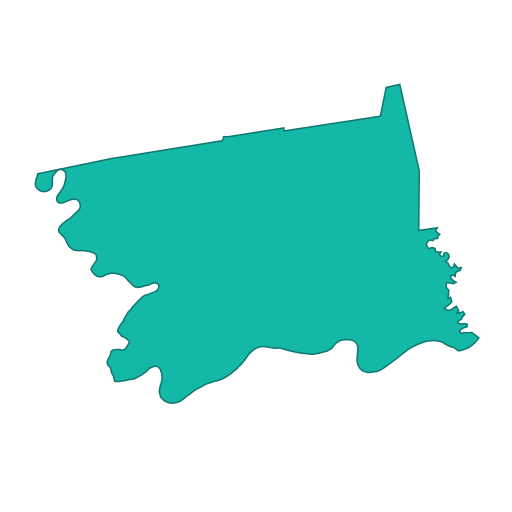 Iguazú, Misiones, Argentina (Natural Earth projection), rotated 258°
{"feature_id": "61730980B21961764082426", "entity_name": "Iguazú", "entity_type": "district", "adm_level": 2, "iso_a3": "ARG", "parent_name": "Argentina", "parent_adm1": "Misiones", "projection": "natural_earth1", "projection_center": [-54.463, -25.856], "detail": "fine", "context": "isolated", "style": "filled", "palette": "teal", "viewbox_px": 512, "rotation_deg": 258, "n_neighbors": 0, "source": "geoboundaries", "source_scale": "gbopen_adm2", "svg_char_len": 6023}
<svg xmlns="http://www.w3.org/2000/svg" viewBox="0 0 512 512"><g transform="rotate(258 256 256)"><path d="M394.0,432.3L393.8,418.4L366.9,406.7L372.5,309.4L375.5,309.9L378.4,254.1L378.9,251.5L379.5,249.2L375.8,247.4L381.4,134.3L381.7,82.9L381.9,82.5L381.7,81.1L381.8,59.6L379.5,58.6L377.9,57.5L376.5,56.7L373.2,55.3L372.2,55.1L370.5,55.0L369.6,55.1L368.2,55.7L367.1,56.3L366.0,57.1L365.0,58.0L364.6,58.5L363.8,59.7L363.4,60.8L362.9,62.7L362.9,64.0L363.1,66.0L363.4,67.3L364.7,69.5L365.3,70.1L366.4,70.8L367.4,71.3L369.4,71.9L374.6,73.1L375.6,73.5L376.7,74.2L377.3,74.8L379.6,77.6L380.5,78.9L381.1,80.3L381.4,81.2L381.5,81.7L381.4,82.5L381.3,83.3L380.8,84.2L379.4,85.9L378.4,86.5L377.1,86.9L375.1,87.0L374.3,87.0L372.7,86.6L371.0,85.9L365.4,83.2L364.5,82.6L362.1,80.7L359.9,78.4L356.9,75.0L356.1,74.2L354.6,73.3L353.4,72.9L352.5,72.8L351.5,72.8L350.4,73.1L349.6,73.6L349.0,74.4L348.3,76.0L348.2,77.3L348.2,78.1L349.6,86.5L349.6,88.4L349.6,89.3L349.4,90.6L349.0,91.6L348.5,92.3L347.2,93.6L346.3,94.1L344.9,94.5L343.8,94.7L342.0,94.6L341.1,94.5L340.3,94.2L339.6,93.8L338.4,92.9L337.5,91.7L334.5,86.7L333.0,84.6L332.1,83.1L331.3,81.5L330.1,78.1L327.6,73.2L325.5,70.2L323.7,68.8L323.3,68.6L321.9,68.2L321.4,68.2L320.2,68.4L319.0,69.0L315.5,71.4L313.0,72.7L311.2,73.3L307.4,74.0L305.3,74.7L304.2,75.2L302.5,76.4L300.6,78.1L299.8,79.1L299.3,79.9L299.0,80.7L298.4,82.5L297.0,88.7L295.3,93.3L293.5,96.7L292.5,98.1L291.8,98.9L290.7,99.7L290.3,99.9L289.5,100.0L286.6,99.6L285.2,99.2L284.5,98.7L281.8,95.8L279.1,93.1L278.3,92.5L277.3,92.0L276.5,92.0L275.6,92.2L272.5,93.6L271.4,94.3L270.1,95.5L269.5,96.2L268.8,97.2L268.3,98.4L268.0,99.2L267.9,100.5L267.9,101.8L269.0,105.8L269.3,108.1L269.3,109.9L269.1,111.6L268.7,113.6L267.9,115.6L266.0,119.4L264.2,122.0L263.2,123.1L262.3,123.7L257.9,126.2L251.9,130.2L251.1,131.0L250.5,132.1L250.3,132.7L249.8,134.6L249.6,135.9L249.6,138.0L250.0,141.8L249.9,144.5L250.1,145.8L250.6,147.2L250.7,148.1L250.8,150.2L250.6,151.7L250.4,152.4L249.7,153.6L248.7,154.5L248.0,154.8L247.1,154.8L246.5,154.6L245.6,154.3L244.3,153.5L243.2,152.5L242.9,152.1L242.4,150.9L241.7,147.8L241.5,146.1L241.3,144.4L241.1,143.9L240.8,142.4L240.7,141.6L240.7,140.0L240.5,138.6L240.0,137.1L238.2,134.0L235.5,129.9L232.6,125.9L231.9,124.7L231.3,124.0L229.8,122.5L228.0,119.6L227.6,119.1L226.0,117.8L223.1,114.9L219.6,112.3L218.4,110.7L216.2,108.4L214.1,106.6L212.1,105.3L211.4,105.0L210.3,105.1L209.8,105.3L208.0,106.8L207.4,107.1L206.3,107.5L205.6,107.8L205.2,108.3L204.4,109.7L203.5,110.8L202.3,111.9L200.0,113.5L199.1,114.1L198.6,114.1L197.6,114.0L197.0,113.6L192.8,109.5L192.1,108.2L191.8,107.2L191.8,106.3L191.8,105.2L192.8,103.2L193.0,102.6L193.3,101.7L193.7,98.3L193.7,96.4L193.2,95.0L192.7,94.5L192.3,94.3L189.4,93.0L186.3,90.2L184.7,89.1L183.0,88.3L181.9,88.2L181.3,88.2L179.8,88.6L177.4,90.1L176.5,90.4L174.2,90.6L172.7,90.4L171.2,90.6L168.4,91.6L162.8,91.7L162.0,94.3L161.7,96.2L161.7,98.3L161.4,100.6L161.4,103.5L161.6,105.9L161.3,107.7L161.1,110.6L161.4,112.5L161.8,113.8L162.1,115.1L163.0,118.0L163.5,119.2L164.4,121.2L165.3,123.9L166.3,125.3L167.9,127.8L168.3,128.7L168.5,129.5L168.9,131.7L169.1,132.4L169.3,133.5L169.1,134.8L168.8,135.7L167.9,137.3L166.8,138.0L165.3,138.6L163.8,139.0L162.3,139.0L161.1,139.4L158.3,139.1L155.5,138.7L154.6,138.3L150.9,136.6L149.7,135.7L146.3,134.2L144.8,133.8L143.6,133.1L138.4,133.4L137.4,133.7L136.3,134.3L135.1,135.2L133.4,136.2L130.7,139.9L129.8,142.3L129.2,144.7L129.2,147.9L129.5,150.6L130.0,152.7L130.7,154.1L131.9,156.6L132.9,158.2L133.5,159.9L134.8,162.7L135.1,163.6L136.0,164.8L136.4,166.2L137.1,167.5L138.3,170.7L139.4,175.0L139.9,176.8L140.7,178.6L141.0,180.7L141.4,181.8L141.6,185.4L142.0,188.4L142.1,192.1L142.3,193.1L142.3,194.2L142.7,197.4L143.2,199.3L145.2,204.7L145.9,206.6L146.8,208.2L147.8,209.9L149.7,214.0L150.7,215.0L151.4,215.9L152.0,217.1L153.6,219.7L155.5,221.8L156.4,223.1L157.4,224.3L158.3,225.1L160.2,227.3L161.1,228.2L162.6,230.3L163.0,231.1L163.6,232.1L164.1,233.0L165.2,235.0L165.4,236.0L165.7,236.8L165.9,238.0L166.2,239.3L166.3,240.0L166.1,243.3L165.3,246.5L162.3,254.0L161.5,257.2L161.3,259.5L159.4,263.3L155.4,271.0L153.3,275.8L151.4,280.6L149.0,288.0L148.5,289.2L148.0,291.1L147.8,296.6L148.2,305.3L149.0,308.4L150.1,311.2L151.8,313.1L153.5,315.2L154.6,317.1L155.4,319.1L155.9,321.5L155.9,323.2L155.5,326.6L154.8,329.3L153.9,332.0L152.9,333.7L151.7,334.9L150.6,335.6L149.1,336.3L147.1,336.7L143.7,336.4L139.8,335.1L135.8,333.9L133.7,333.4L130.6,332.9L127.9,333.2L126.0,333.8L124.4,334.3L123.2,335.2L121.7,336.1L119.1,340.6L118.7,341.5L118.5,342.6L118.1,348.1L118.0,349.7L118.1,351.8L118.6,353.9L119.6,357.0L126.7,372.8L128.8,376.8L133.2,386.0L134.3,389.3L135.5,393.7L136.8,401.1L137.1,404.3L137.0,406.9L136.6,410.3L136.2,412.9L135.4,415.2L134.0,418.7L132.4,421.0L130.4,422.9L128.1,425.6L126.2,428.5L125.6,429.8L125.0,430.9L124.4,431.5L121.8,433.5L121.3,434.2L121.0,435.1L121.0,437.1L121.1,438.6L121.8,443.5L122.4,445.6L123.2,447.5L125.7,452.2L128.2,455.5L129.7,457.0L135.4,451.9L136.4,450.9L136.8,447.6L137.6,444.4L137.6,441.2L139.5,439.1L141.6,441.0L142.6,444.1L142.8,447.5L145.3,448.6L146.6,445.8L146.8,442.6L147.9,439.7L150.4,440.4L151.4,443.6L153.7,445.6L155.5,448.1L158.4,447.0L158.2,443.8L158.2,440.6L160.4,442.9L165.2,441.5L164.2,438.5L162.9,435.7L162.8,432.5L165.3,429.4L166.6,431.1L168.6,435.1L170.3,437.9L175.2,437.7L174.7,435.0L179.6,436.7L182.6,437.4L185.2,435.8L187.9,435.7L190.3,437.2L189.2,440.3L187.9,443.2L188.7,446.3L190.7,444.2L193.1,442.2L196.2,442.2L196.6,444.5L194.7,446.7L197.6,447.5L199.2,449.5L199.4,452.7L202.0,454.3L202.1,451.1L207.0,448.3L204.2,447.1L203.6,444.6L206.2,442.9L209.2,442.4L211.4,440.2L212.6,442.9L215.0,444.8L217.7,444.7L219.9,442.6L219.6,440.4L216.8,439.5L217.3,436.8L219.4,435.8L221.6,437.8L221.8,434.8L223.2,432.4L226.1,432.8L227.7,430.0L227.3,426.7L229.3,425.4L232.2,425.0L234.5,427.0L235.6,429.5L234.2,432.1L235.9,434.1L235.3,437.2L237.7,438.2L238.9,440.3L241.1,438.3L243.6,436.9L245.9,439.2L247.2,420.5L305.4,433.4L394.0,432.3Z" fill="#14b8a6" stroke="#0f766e" stroke-width="1.5"/></g></svg>